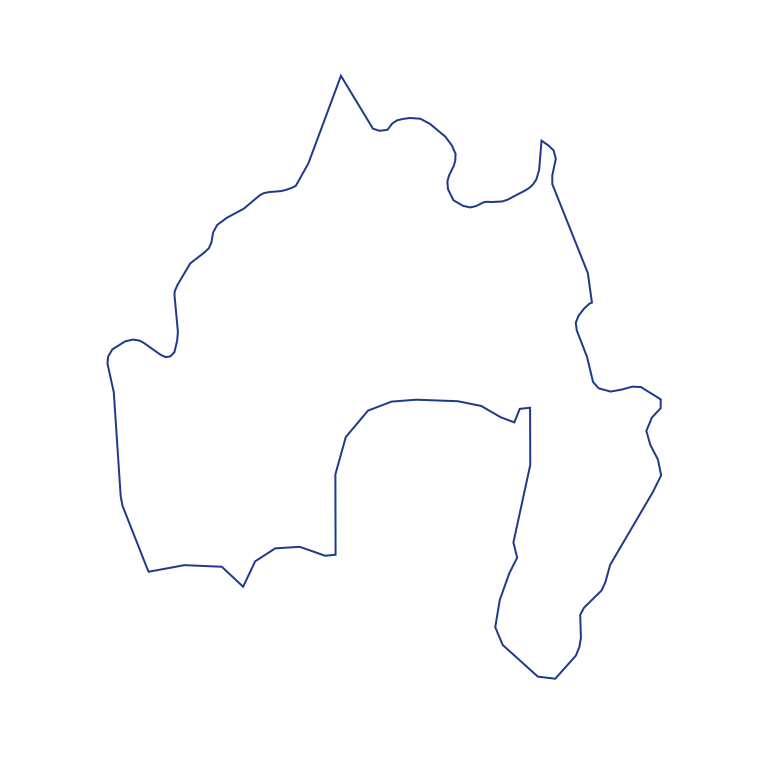 map outline of Louth (Natural Earth projection), rotated 84°
{"feature_id": "IRL-712", "entity_name": "Louth", "entity_type": "County", "adm_level": 1, "iso_a3": "IRL", "parent_name": "Ireland", "parent_adm1": "", "projection": "natural_earth1", "projection_center": [-6.434, 53.913], "detail": "fine", "context": "isolated", "style": "outline", "palette": "blue", "viewbox_px": 768, "rotation_deg": 84, "n_neighbors": 0, "source": "natural_earth", "source_scale": "10m", "svg_char_len": 1784}
<svg xmlns="http://www.w3.org/2000/svg" viewBox="0 0 768 768"><g transform="rotate(84 384 384)"><path d="M428.2,110.4L437.0,111.4L445.3,121.0L458.1,128.0L472.4,125.5L487.7,119.5L503.8,117.9L519.7,128.0L587.5,178.0L604.3,184.6L611.9,189.0L627.5,208.6L634.1,213.0L657.0,214.7L666.3,217.3L674.2,221.6L695.0,244.5L691.1,261.6L656.0,293.2L637.5,298.8L610.8,291.4L585.4,279.2L570.6,269.7L555.2,271.9L479.8,247.0L422.9,241.2L422.9,251.6L435.8,258.4L429.3,271.4L416.0,289.6L408.8,312.6L403.0,353.5L402.3,378.4L408.8,402.7L432.7,427.5L468.8,441.8L548.7,450.0L548.7,460.4L537.1,484.9L536.1,509.4L546.9,530.7L570.9,545.3L548.8,564.4L543.3,601.5L546.1,637.7L540.5,639.4L477.8,656.8L468.1,657.6L363.9,653.6L334.8,656.9L327.7,655.4L321.1,650.5L314.5,636.9L313.6,629.0L315.3,622.6L318.1,618.5L331.8,602.9L334.4,598.4L334.2,593.6L330.4,589.1L319.4,585.2L310.6,583.5L273.8,583.1L270.1,582.5L264.1,579.2L243.8,564.1L234.2,548.6L230.8,544.1L225.3,540.9L215.5,538.1L208.4,533.3L202.2,522.8L194.9,505.0L183.3,487.8L181.6,483.4L181.1,477.7L181.4,466.3L180.6,460.8L179.4,455.6L177.7,451.0L156.6,436.1L73.0,394.6L128.9,368.3L131.7,362.0L131.6,354.0L125.9,348.7L123.1,343.3L122.4,337.3L122.1,330.6L124.0,320.1L130.1,311.1L144.5,297.1L154.0,291.5L162.5,288.8L169.0,289.7L174.1,291.7L183.4,297.5L189.2,299.8L196.9,300.0L208.4,295.8L215.0,287.0L217.4,279.9L216.7,273.9L213.7,265.9L213.5,263.7L213.7,261.6L214.3,257.9L214.8,247.4L213.7,242.1L206.2,223.2L204.1,218.9L200.9,214.8L196.3,211.0L187.2,207.3L158.5,201.9L163.8,195.7L169.4,190.9L178.0,189.6L194.4,194.9L202.9,195.7L295.0,169.7L324.8,168.7L325.5,171.2L329.8,177.0L336.2,183.2L343.1,186.9L350.8,186.7L378.5,179.2L403.8,175.9L410.7,171.0L415.2,159.5L414.4,148.0L412.6,137.4L413.9,128.8L428.2,110.4Z" fill="none" stroke="#1e3a8a" stroke-width="2"/></g></svg>